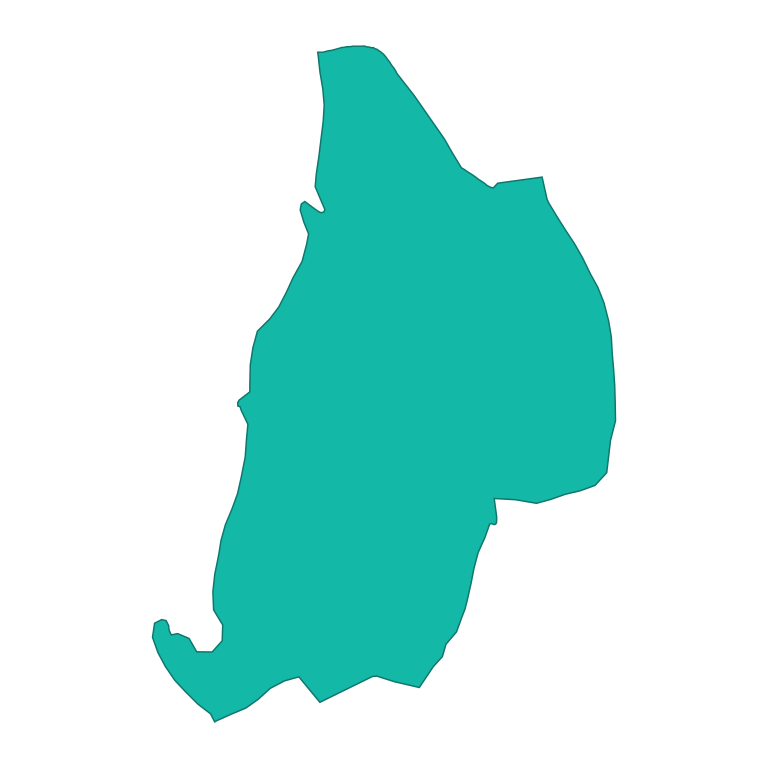 the district of Aflah Ash Sham, Hajjah, Yemen
{"feature_id": "15242507B83432581375198", "entity_name": "Aflah Ash Sham", "entity_type": "district", "adm_level": 2, "iso_a3": "YEM", "parent_name": "Yemen", "parent_adm1": "Hajjah", "projection": "robinson", "projection_center": [43.41, 16.053], "detail": "fine", "context": "isolated", "style": "filled", "palette": "teal", "viewbox_px": 768, "rotation_deg": 0, "n_neighbors": 0, "source": "geoboundaries", "source_scale": "gbopen_adm2", "svg_char_len": 2523}
<svg xmlns="http://www.w3.org/2000/svg" viewBox="0 0 768 768"><path d="M542.1,177.1L497.7,183.2L493.3,187.9L491.2,187.5L488.1,186.1L486.3,184.9L484.4,183.2L480.8,180.8L478.7,179.5L475.6,177.1L473.4,175.5L471.8,174.4L469.6,173.1L466.4,171.0L464.2,169.4L462.3,168.4L461.2,167.5L452.3,152.8L444.4,139.0L413.9,95.2L398.0,74.9L397.0,73.6L395.8,71.2L394.1,68.4L392.2,66.0L391.0,64.3L390.0,62.6L388.8,60.9L387.4,59.2L386.5,57.8L384.9,55.8L383.3,54.0L381.7,52.8L380.5,51.7L378.9,50.7L377.0,49.3L374.8,48.7L373.6,47.7L371.4,47.7L369.2,47.1L366.3,46.8L364.8,46.1L362.9,46.1L361.4,46.2L359.5,46.2L357.9,46.2L355.4,46.2L352.9,46.2L350.7,46.6L348.8,46.7L346.9,46.7L343.9,47.4L342.0,47.4L339.5,48.2L334.5,49.6L331.4,50.4L329.1,50.7L327.0,51.1L323.3,52.2L321.4,52.2L317.7,52.2L318.3,56.5L320.0,72.4L322.8,88.8L324.1,104.0L324.2,105.3L323.2,121.5L320.9,140.1L319.9,148.2L318.9,156.4L316.3,174.0L315.2,186.7L323.6,206.6L324.9,209.6L323.8,212.1L320.9,212.7L317.8,211.1L313.1,207.7L304.8,201.5L301.3,204.0L300.2,209.9L303.8,222.0L306.8,229.5L308.6,233.8L306.6,244.4L302.1,261.4L292.9,278.0L288.1,288.6L286.2,292.6L283.3,298.2L278.9,306.8L269.7,319.0L257.4,331.2L252.9,347.8L250.3,364.8L249.9,382.7L249.8,391.9L239.1,400.1L237.7,402.8L237.9,406.1L240.1,406.7L241.2,410.3L247.9,424.3L246.5,439.2L246.1,444.9L245.2,457.2L242.7,469.8L241.1,477.9L237.5,493.8L232.1,508.7L225.4,524.7L221.0,540.6L219.0,553.1L218.0,558.5L216.1,567.8L214.8,574.1L212.9,591.6L213.6,609.9L222.7,624.9L222.2,640.8L212.1,652.0L196.7,651.8L189.1,638.5L177.6,633.6L171.2,634.9L169.1,630.1L168.6,625.5L166.1,620.6L161.7,619.6L154.6,623.2L152.5,637.3L158.0,652.7L165.3,666.4L174.9,680.4L186.0,692.3L187.8,694.0L198.0,704.2L210.7,714.0L214.7,721.9L216.7,720.7L230.7,714.4L245.9,708.0L258.3,699.2L270.3,688.3L284.4,680.9L295.1,677.9L298.9,676.9L319.9,702.3L325.3,699.6L372.6,676.4L376.8,676.1L394.8,681.8L419.3,687.5L433.3,666.6L442.4,656.6L446.0,644.2L456.5,631.9L462.3,616.0L464.9,609.4L466.8,602.0L467.1,600.8L470.9,584.1L473.9,568.6L478.1,552.7L482.4,543.1L484.8,537.8L489.7,524.0L491.6,523.6L494.2,524.6L495.6,524.1L496.5,522.7L496.7,517.1L494.2,498.5L515.3,499.7L536.5,503.3L548.1,500.1L550.8,499.4L565.1,494.3L580.4,490.7L595.1,485.3L606.7,472.7L610.5,440.4L615.5,420.9L615.4,414.2L615.2,402.8L614.7,385.4L613.6,369.3L612.2,353.1L611.3,336.9L608.6,320.8L606.8,313.9L604.0,302.9L597.9,287.5L590.2,273.5L588.6,270.2L582.5,257.7L574.5,243.7L565.9,230.7L563.0,226.1L557.3,217.1L549.0,203.4L547.1,199.5L542.1,177.1Z" fill="#14b8a6" stroke="#0f766e" stroke-width="1.5"/></svg>